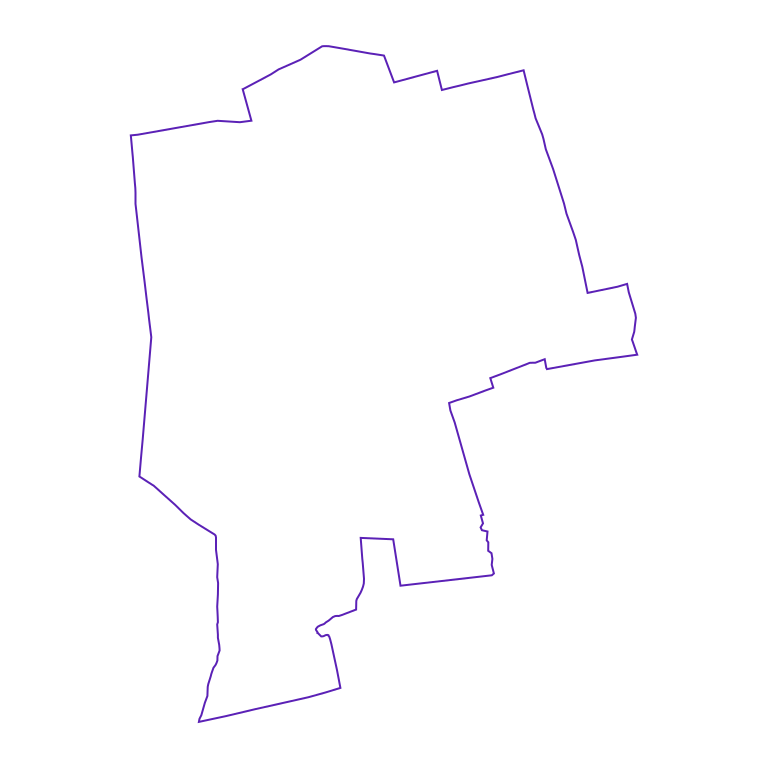 Smulti, Galati, Romania (Mercator projection)
{"feature_id": "2599482B3496454590613", "entity_name": "Smulti", "entity_type": "district", "adm_level": 2, "iso_a3": "ROU", "parent_name": "Romania", "parent_adm1": "Galati", "projection": "mercator", "projection_center": [27.744, 45.908], "detail": "fine", "context": "isolated", "style": "outline", "palette": "violet", "viewbox_px": 768, "rotation_deg": 0, "n_neighbors": 0, "source": "geoboundaries", "source_scale": "gbopen_adm2", "svg_char_len": 2957}
<svg xmlns="http://www.w3.org/2000/svg" viewBox="0 0 768 768"><path d="M198.9,721.9L212.4,719.0L226.0,716.1L255.1,709.2L289.0,701.6L308.5,697.2L325.4,692.5L340.4,687.9L337.0,670.1L334.9,660.4L331.4,644.2L330.1,639.2L329.2,636.5L328.6,636.0L328.5,635.3L328.0,635.0L327.5,634.9L326.2,635.0L325.3,635.3L324.3,635.8L323.7,636.1L322.9,636.3L322.1,636.4L321.5,636.4L321.2,636.4L319.2,634.4L318.5,633.7L318.2,633.4L317.8,633.1L317.4,632.9L317.5,632.7L317.6,632.4L317.3,631.9L316.1,630.1L315.9,629.5L315.9,629.1L316.9,627.7L317.8,626.7L320.4,625.3L321.3,625.0L323.0,624.4L323.8,624.1L324.8,623.4L325.7,622.5L327.7,621.2L328.4,620.8L329.4,620.0L332.8,617.1L335.1,616.1L337.1,615.9L338.8,616.0L341.9,615.0L355.2,609.9L356.1,609.6L356.3,600.9L356.8,599.1L360.5,592.8L361.8,589.9L363.0,586.7L363.8,583.5L364.0,578.8L362.7,562.6L362.3,558.9L360.7,537.9L393.2,539.3L400.5,585.7L410.1,584.6L491.8,575.3L493.9,573.5L491.7,564.9L492.4,558.9L491.5,553.2L488.2,550.8L488.3,542.3L486.7,540.3L487.5,531.5L481.9,530.2L480.6,527.4L483.0,523.4L480.8,515.5L482.8,514.9L483.2,514.8L478.8,502.4L469.4,474.4L469.0,473.0L454.7,422.5L450.4,410.5L449.1,403.0L456.7,400.3L469.4,396.5L485.4,390.5L493.3,387.7L490.3,378.1L500.3,374.4L527.9,363.6L529.3,363.0L530.0,362.8L535.4,362.7L544.7,359.2L546.3,368.0L546.9,368.7L547.0,369.1L594.8,360.4L622.6,356.7L637.2,354.7L636.2,351.9L632.6,341.4L631.9,339.5L634.2,331.9L634.5,329.6L634.8,326.6L635.9,317.8L635.3,313.7L628.8,292.4L627.1,283.9L617.6,286.7L587.6,292.9L582.3,266.8L579.2,255.0L577.5,247.5L575.8,239.9L573.1,231.9L566.5,213.7L564.0,203.5L553.1,169.0L545.8,149.2L543.5,139.0L542.2,134.4L539.3,127.3L535.6,118.3L534.5,113.9L533.3,109.5L527.1,84.6L523.6,70.3L507.7,74.3L497.7,76.9L468.2,83.5L460.2,85.5L453.4,87.1L441.9,90.0L437.1,70.8L394.1,82.4L384.0,55.6L383.0,55.4L373.9,54.0L370.2,53.5L354.5,50.7L348.8,49.7L348.5,49.6L328.7,46.2L324.3,46.1L322.1,46.3L301.0,59.4L300.5,59.7L278.6,69.4L270.8,74.4L243.1,89.1L242.7,89.2L251.4,120.7L239.9,122.2L224.0,121.2L217.6,120.8L209.1,122.1L173.5,128.4L137.8,134.7L130.8,135.4L131.1,138.3L132.5,153.8L132.8,156.9L134.9,183.5L135.3,187.8L135.4,189.8L135.5,192.9L135.5,198.8L135.5,201.3L135.5,203.9L136.4,211.7L141.5,257.1L144.6,281.9L146.4,297.1L148.3,312.4L149.0,318.7L151.3,337.2L142.7,439.4L141.1,456.8L139.4,476.5L148.8,482.6L149.8,483.2L152.7,485.1L153.5,485.5L164.2,495.1L175.2,504.9L183.2,512.8L187.0,516.2L190.8,519.5L198.9,524.8L214.6,534.5L215.6,535.6L216.0,537.4L216.0,537.9L216.0,549.9L217.4,560.9L217.8,564.2L217.2,577.2L218.1,583.0L217.9,594.5L217.2,606.7L217.5,612.2L217.7,616.6L217.9,622.2L217.2,624.4L217.9,634.7L217.9,637.8L219.2,644.9L219.5,648.3L219.6,650.5L217.5,656.1L217.4,660.5L216.5,663.0L216.0,664.1L215.4,665.2L213.5,667.7L212.0,671.9L211.3,674.0L210.7,676.4L209.6,679.9L209.0,681.8L208.3,684.0L207.8,686.4L207.7,687.4L207.4,696.0L204.9,702.7L203.1,709.0L201.3,715.3L200.4,717.0L199.5,718.8L199.2,720.3L198.9,721.9Z" fill="none" stroke="#5b21b6" stroke-width="2"/></svg>